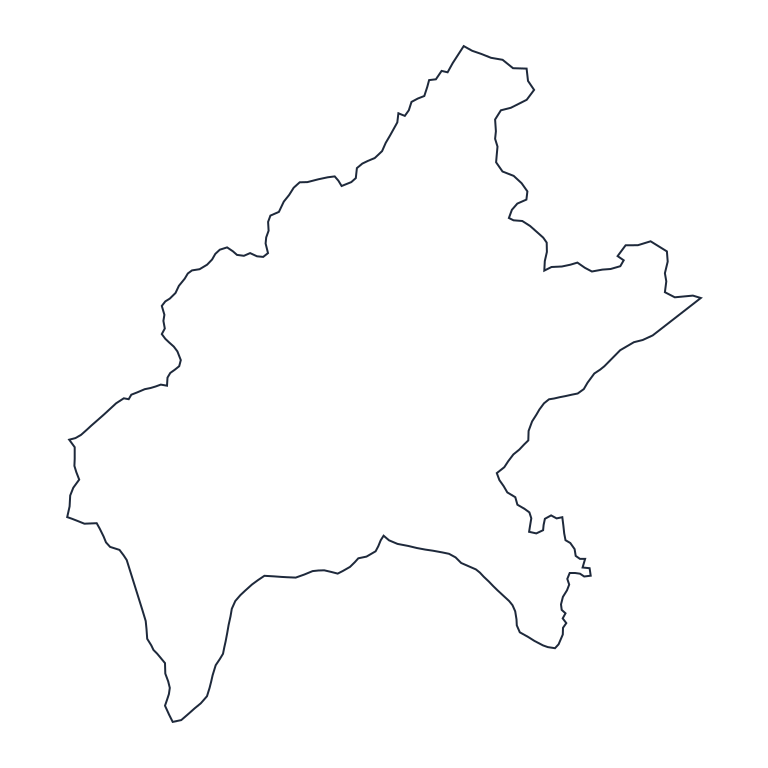 the district of Goiânia, Goiás, Brazil
{"feature_id": "56859067B64953351303571", "entity_name": "Goiânia", "entity_type": "district", "adm_level": 2, "iso_a3": "BRA", "parent_name": "Brazil", "parent_adm1": "Goiás", "projection": "albers", "projection_center": [-49.264, -16.642], "detail": "fine", "context": "isolated", "style": "outline", "palette": "slate", "viewbox_px": 768, "rotation_deg": 0, "n_neighbors": 0, "source": "geoboundaries", "source_scale": "gbopen_adm2", "svg_char_len": 3977}
<svg xmlns="http://www.w3.org/2000/svg" viewBox="0 0 768 768"><path d="M172.7,721.9L181.2,720.1L187.5,714.7L194.7,708.3L200.8,703.3L207.0,696.2L209.6,687.8L211.2,681.5L212.6,675.3L215.7,665.2L219.8,659.1L223.0,653.8L224.3,647.3L225.6,641.5L227.2,633.1L228.6,625.0L230.5,616.4L231.8,608.8L235.3,601.0L240.4,595.1L245.2,590.6L252.0,584.5L258.0,580.1L264.4,575.8L274.5,576.4L281.2,576.9L286.5,577.2L295.7,577.6L304.4,574.5L312.6,571.1L318.4,570.5L324.2,570.3L331.5,572.0L337.7,573.6L342.8,571.0L350.0,566.9L354.8,562.2L358.3,558.3L366.5,556.6L375.6,551.3L378.3,546.2L380.7,540.3L383.6,535.7L389.0,540.3L397.5,543.9L408.5,546.0L416.8,548.0L425.4,549.6L432.9,550.7L442.2,552.4L449.0,553.8L455.6,557.4L461.2,563.0L469.0,566.4L475.9,569.4L479.9,572.6L483.7,576.7L489.0,581.7L493.3,586.2L497.5,590.3L504.0,596.3L509.1,601.0L512.5,605.2L515.2,611.3L516.5,619.4L516.8,625.4L519.8,632.3L528.4,637.1L534.4,640.9L543.0,645.4L547.8,647.1L555.0,648.2L558.6,644.3L562.8,634.5L563.0,627.8L566.3,623.1L562.7,618.4L565.5,613.3L561.7,609.9L561.0,604.4L562.9,596.9L567.0,590.3L569.2,584.6L567.3,578.9L569.7,573.0L575.1,573.0L580.0,573.7L584.2,576.5L590.7,575.7L589.6,568.2L582.6,567.5L585.1,558.9L580.0,558.9L575.7,555.9L574.6,549.1L570.3,543.0L565.5,540.2L564.2,533.4L563.4,525.9L562.3,517.2L556.6,518.4L551.1,515.4L544.9,518.8L543.6,525.0L543.1,530.2L536.3,533.4L529.1,531.8L530.0,526.1L531.3,518.3L529.4,512.4L524.6,508.9L517.4,504.7L515.3,497.2L507.3,492.4L503.7,486.2L499.4,480.1L496.8,473.1L504.3,467.2L508.3,461.1L513.4,454.4L519.3,449.6L524.2,444.4L528.3,440.4L528.6,430.9L532.1,421.4L536.5,414.5L539.4,409.5L544.0,403.3L549.0,399.3L554.1,398.5L559.7,397.2L565.4,396.1L571.7,394.7L577.7,393.5L583.8,389.1L587.6,382.6L594.3,373.5L600.2,369.6L604.4,366.2L620.2,350.2L633.9,342.2L642.7,340.0L652.7,335.4L700.8,298.0L692.9,295.6L674.8,297.3L664.9,292.2L666.3,281.4L664.9,273.2L667.7,261.6L666.9,251.4L650.6,241.3L637.9,245.2L625.6,245.3L617.6,256.1L623.7,260.3L620.3,266.2L610.6,269.0L602.4,269.6L591.9,271.5L584.9,267.8L577.4,262.6L570.4,264.7L561.9,266.5L551.5,267.0L544.3,270.6L544.8,261.1L546.9,251.9L546.7,242.6L543.2,237.6L530.1,226.0L522.3,221.0L513.5,220.3L508.9,218.0L511.9,209.8L517.3,203.6L526.4,199.6L527.4,191.4L521.6,183.2L513.7,175.9L502.5,171.5L496.1,162.3L496.6,156.4L497.5,146.6L495.1,138.8L495.9,131.3L495.1,119.5L500.9,110.3L510.8,107.8L526.7,99.8L534.1,89.9L528.0,80.9L526.6,68.6L513.0,68.2L502.6,59.8L491.0,57.8L481.2,53.9L472.2,50.8L463.7,46.1L452.7,63.1L447.6,72.3L441.6,70.9L435.9,79.3L429.1,80.1L427.3,86.8L424.3,96.0L417.9,98.5L411.5,101.9L408.8,110.3L404.8,115.9L398.4,113.3L397.3,122.4L390.1,135.4L385.7,142.9L382.1,151.1L374.8,158.0L367.9,160.9L362.3,163.6L356.9,168.1L355.8,178.1L351.3,182.1L341.6,186.0L338.4,180.7L334.7,176.4L327.7,177.3L318.3,179.3L307.4,182.1L299.7,182.3L293.7,187.7L289.1,195.0L283.8,201.6L278.9,211.9L270.4,215.6L268.1,221.9L268.6,230.7L266.2,237.4L265.6,243.5L268.0,253.1L263.2,256.9L257.0,256.3L250.1,253.1L243.9,255.8L237.0,254.9L232.9,251.3L227.1,247.4L219.8,249.7L215.3,253.9L212.1,259.5L207.1,264.7L199.6,269.2L192.0,270.4L187.8,273.5L184.7,278.7L178.9,285.8L175.5,293.0L169.8,298.6L165.3,301.4L161.8,305.9L164.4,314.8L163.4,320.9L164.8,328.5L161.8,334.1L165.3,338.8L169.2,342.5L173.8,346.6L177.4,351.4L180.8,360.1L179.2,366.2L174.7,369.8L170.3,372.9L167.5,377.6L167.0,385.7L160.8,384.6L155.6,386.5L150.6,388.0L144.7,389.2L137.2,392.4L131.3,394.7L128.7,399.2L123.8,398.3L116.1,403.3L104.3,414.2L96.8,420.8L91.2,425.7L86.1,430.4L81.0,434.9L75.4,438.1L69.2,439.7L74.7,447.2L74.7,458.8L74.4,465.9L76.3,472.1L79.2,479.6L73.3,487.7L70.2,495.5L69.6,506.4L67.2,517.1L71.8,518.7L78.2,521.2L84.4,523.7L96.7,523.2L99.8,528.8L103.6,536.5L106.0,542.4L110.1,546.9L119.5,549.9L123.6,555.3L126.7,560.0L142.4,610.1L145.7,621.0L146.5,629.0L147.2,638.8L151.3,645.4L153.5,650.0L157.1,653.6L165.0,663.1L165.3,673.6L168.2,681.4L169.8,687.9L168.9,694.1L167.1,699.6L165.0,705.7L169.1,714.7L172.7,721.9Z" fill="none" stroke="#1e293b" stroke-width="2"/></svg>